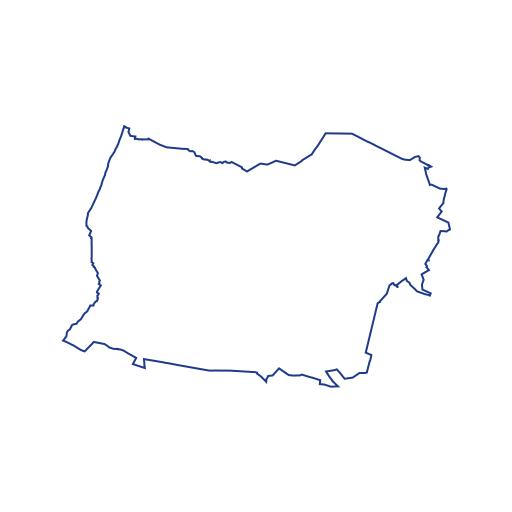 outline of Skultes pag., Limbaži, Latvia, rotated 25°
{"feature_id": "27541924B61161973080375", "entity_name": "Skultes pag.", "entity_type": "district", "adm_level": 2, "iso_a3": "LVA", "parent_name": "Latvia", "parent_adm1": "Limbaži", "projection": "natural_earth1", "projection_center": [24.474, 57.372], "detail": "fine", "context": "isolated", "style": "outline", "palette": "blue", "viewbox_px": 512, "rotation_deg": 25, "n_neighbors": 0, "source": "geoboundaries", "source_scale": "gbopen_adm2", "svg_char_len": 5819}
<svg xmlns="http://www.w3.org/2000/svg" viewBox="0 0 512 512"><g transform="rotate(25 256 256)"><path d="M161.5,400.9L165.8,400.4L168.5,399.5L169.0,399.0L169.9,398.7L169.9,398.9L170.2,398.9L172.9,398.0L175.8,397.7L181.1,398.3L190.5,399.0L190.1,406.0L202.6,404.5L200.4,401.2L200.4,400.8L198.0,396.8L216.3,391.7L218.8,391.2L221.2,390.4L231.5,387.8L261.8,379.7L264.5,378.5L267.1,377.2L281.3,370.7L304.4,361.6L306.3,361.3L306.6,362.1L311.8,363.2L318.4,365.7L317.5,363.3L317.6,362.1L317.9,359.8L317.8,359.5L321.2,357.5L321.6,357.2L324.4,348.1L330.5,349.2L332.5,349.5L332.6,349.4L332.9,349.6L336.3,350.1L338.3,349.2L339.5,349.0L346.2,345.7L347.7,344.1L355.3,343.1L358.3,342.5L366.7,341.4L368.0,345.2L370.8,344.1L371.9,343.8L373.1,343.5L379.1,342.8L385.4,339.5L377.8,336.9L377.8,336.7L372.9,334.0L368.3,331.1L375.5,326.2L377.1,324.6L380.8,326.1L388.2,329.8L395.0,325.4L399.2,318.3L403.8,316.2L405.7,314.8L405.6,314.4L405.3,312.8L403.5,303.2L403.7,302.7L402.6,297.4L402.4,297.0L396.3,297.2L396.0,295.7L386.2,247.4L386.2,247.2L387.3,245.9L387.1,245.9L390.5,234.9L389.4,226.2L390.5,224.3L390.4,224.1L390.7,223.5L391.0,223.4L391.6,222.6L391.9,222.5L392.2,222.6L393.0,223.5L393.9,223.9L394.1,223.9L394.5,223.6L395.2,223.4L395.3,223.5L396.0,224.0L396.8,224.3L397.2,224.3L397.4,224.1L395.7,222.7L396.3,222.1L398.7,217.0L400.7,213.9L401.3,212.7L403.2,214.8L406.4,215.4L408.0,216.9L414.5,219.0L416.7,220.0L425.1,219.2L428.4,218.5L430.3,218.4L430.1,216.0L421.1,216.1L418.5,211.9L418.0,206.7L413.9,202.7L414.7,201.4L418.7,195.7L415.8,194.3L415.2,194.2L415.2,192.8L412.8,191.6L413.1,187.3L414.3,186.9L413.4,185.8L414.1,177.0L414.2,176.6L414.1,175.6L414.3,174.7L415.2,167.8L415.5,167.1L415.0,164.6L414.5,164.7L412.9,161.1L413.2,160.1L412.7,155.4L416.5,153.8L418.4,153.3L419.0,152.0L420.6,150.0L418.2,146.9L416.3,144.4L403.9,144.4L405.5,137.2L404.1,136.7L401.8,135.5L403.3,129.4L403.5,129.1L402.4,125.9L401.2,119.5L401.1,119.4L400.5,114.8L400.0,114.5L398.4,115.7L394.1,117.2L385.2,117.1L384.4,117.4L383.9,117.8L383.6,118.1L375.7,110.0L373.9,107.6L371.6,104.6L374.9,104.5L375.1,102.8L376.9,101.0L374.0,100.6L373.2,101.3L372.4,100.8L371.3,100.9L365.5,100.6L363.9,100.2L363.3,98.8L363.0,97.7L361.1,96.8L358.2,99.1L354.9,104.1L350.1,105.8L347.3,106.3L325.4,105.6L317.3,105.4L317.0,105.3L310.2,105.1L309.8,105.2L309.7,105.3L295.6,104.7L291.2,104.6L267.2,115.4L266.8,119.2L266.8,119.3L265.2,131.2L264.5,133.6L263.5,140.7L262.8,141.4L257.4,149.7L257.2,150.7L252.9,157.5L233.9,161.2L230.8,164.9L227.7,168.3L220.9,170.4L212.1,183.2L206.3,182.6L205.8,181.6L194.2,181.1L192.9,182.8L191.9,183.0L190.5,183.6L190.0,183.6L188.6,183.1L187.0,184.4L186.3,186.0L184.5,185.9L183.5,186.2L181.2,188.3L180.7,188.7L176.8,189.1L176.3,189.3L175.8,189.4L175.7,189.7L175.4,189.8L174.9,189.7L174.2,189.9L173.9,189.5L173.8,189.4L173.7,189.1L173.5,189.3L173.1,189.3L172.7,189.5L172.3,189.3L171.9,189.3L171.4,189.2L171.2,189.4L170.4,189.7L170.0,189.6L169.9,189.7L169.5,189.8L169.4,190.0L167.8,190.5L167.4,190.5L166.7,190.6L165.8,190.5L165.6,190.4L165.4,190.1L165.4,189.8L162.9,189.3L159.6,190.6L159.0,190.4L157.8,189.4L157.4,188.9L155.6,187.8L153.9,187.8L153.1,188.3L152.8,188.6L152.1,188.8L150.4,188.7L149.6,188.4L149.0,187.9L146.0,189.1L144.2,189.9L132.9,193.9L129.0,195.3L125.9,195.5L122.8,195.7L121.9,195.8L109.0,195.1L109.1,195.8L104.3,198.1L104.2,198.2L104.1,198.4L103.3,198.4L103.0,198.7L102.6,198.7L102.0,199.0L101.8,199.2L101.2,199.4L100.8,199.7L100.4,199.8L100.0,200.0L99.7,199.9L97.3,200.7L97.2,200.6L96.9,201.0L96.8,200.9L96.6,201.0L96.5,200.9L96.2,198.7L91.3,200.2L91.1,200.0L88.0,197.5L87.3,194.0L83.0,194.6L82.9,194.1L81.7,194.1L81.8,194.5L82.0,196.2L82.2,196.6L82.1,197.3L82.3,197.6L82.3,198.5L82.4,198.8L82.6,200.7L82.8,201.2L82.9,202.1L82.9,202.3L82.8,202.6L83.0,203.3L83.2,206.0L83.2,206.8L83.3,209.3L83.5,210.1L83.6,211.8L83.8,212.9L83.7,213.6L83.7,214.3L83.9,215.2L83.6,217.5L83.6,218.3L83.5,219.0L83.5,219.5L83.6,220.1L83.7,221.5L83.3,223.5L83.3,224.0L82.9,226.2L82.6,228.1L82.5,229.0L82.6,229.9L82.7,231.6L82.9,233.6L83.0,234.6L83.4,235.9L83.7,236.5L84.1,237.9L84.1,238.9L84.1,239.7L84.3,242.0L84.3,243.1L84.2,243.8L84.6,245.1L84.7,245.7L85.0,246.6L84.9,247.6L85.0,248.8L84.9,249.4L85.1,250.9L85.0,251.7L85.5,255.0L85.5,255.4L85.7,256.1L86.0,257.7L85.9,258.2L85.9,258.8L86.0,260.3L86.0,260.8L86.2,261.6L86.0,264.7L86.1,265.5L86.2,266.8L86.3,267.7L86.4,269.8L86.5,272.9L86.4,273.7L86.5,275.1L86.4,277.8L86.5,278.4L86.4,280.1L86.4,282.6L86.2,283.3L86.2,284.2L86.2,284.7L85.9,285.3L85.8,286.7L85.6,287.3L85.6,288.2L85.7,288.6L86.3,289.9L86.6,291.2L86.8,292.5L87.1,293.7L87.2,294.7L87.4,295.2L87.7,295.9L88.1,297.3L88.9,298.8L89.5,300.3L90.6,300.4L91.5,301.5L96.0,303.0L96.1,307.8L99.0,308.6L99.1,309.8L99.8,309.9L101.4,313.5L102.3,315.4L102.6,315.8L107.4,326.1L107.9,327.3L107.8,327.7L108.8,329.0L109.5,331.0L111.6,331.3L111.5,333.3L113.6,334.0L113.6,334.5L114.9,334.7L114.9,334.9L118.0,337.1L119.7,338.1L119.8,338.3L120.0,338.5L120.2,341.1L121.0,341.7L122.0,342.2L122.2,342.5L124.6,344.0L124.9,344.2L124.9,344.7L124.7,345.5L125.7,347.1L125.4,347.8L127.8,348.3L127.2,352.7L127.0,355.5L127.2,356.3L129.5,356.6L129.2,358.8L129.0,359.1L130.1,361.0L130.5,360.9L130.8,361.8L130.6,362.3L130.9,362.8L130.8,364.2L130.3,364.5L129.7,365.6L129.3,368.3L129.6,369.6L126.7,370.9L126.8,371.8L126.6,374.1L126.4,377.6L125.0,380.3L124.7,381.5L124.0,387.4L122.4,390.4L121.9,393.3L120.9,393.9L118.9,395.7L118.5,396.3L118.3,397.2L118.5,397.7L118.3,401.2L117.9,401.8L117.0,403.6L117.0,405.6L117.3,406.2L118.1,409.0L118.0,409.5L117.7,410.1L117.6,411.3L117.3,412.8L117.2,413.0L116.9,414.2L118.8,414.2L119.2,414.0L124.4,414.1L126.1,414.2L128.6,414.2L133.5,414.8L137.3,415.2L141.0,414.9L144.7,404.5L145.3,402.5L151.8,400.8L153.5,400.5L154.0,400.2L154.4,400.2L155.8,399.8L156.4,399.9L156.7,399.9L159.6,400.3L161.5,400.9Z" fill="none" stroke="#1e3a8a" stroke-width="2"/></g></svg>